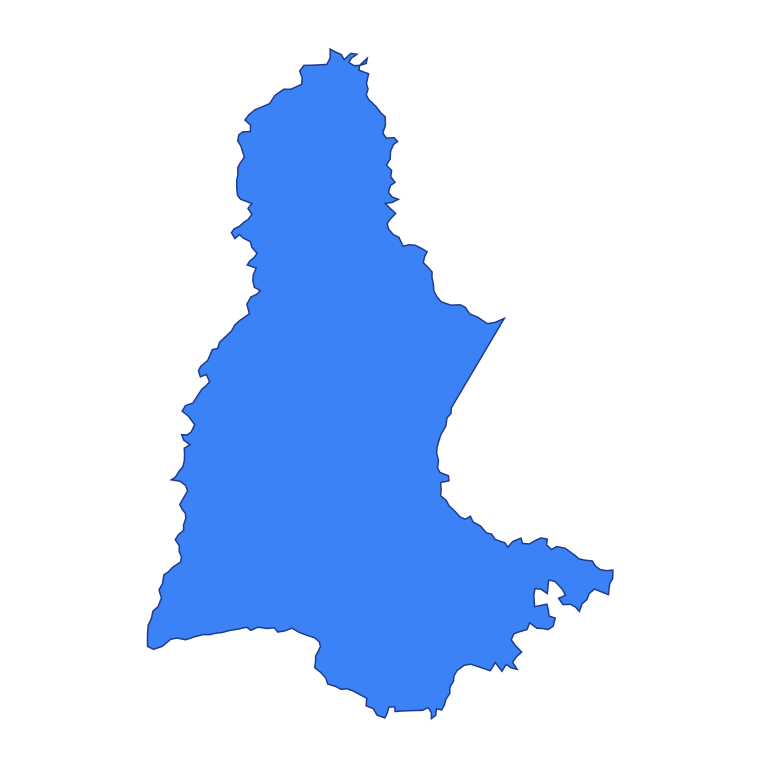 Curiúva, Paraná, Brazil (Albers equal-area conic projection), rotated 91°
{"feature_id": "56859067B60158173391359", "entity_name": "Curiúva", "entity_type": "district", "adm_level": 2, "iso_a3": "BRA", "parent_name": "Brazil", "parent_adm1": "Paraná", "projection": "albers", "projection_center": [-50.47, -23.991], "detail": "fine", "context": "isolated", "style": "filled", "palette": "blue", "viewbox_px": 768, "rotation_deg": 91, "n_neighbors": 0, "source": "geoboundaries", "source_scale": "gbopen_adm2", "svg_char_len": 4351}
<svg xmlns="http://www.w3.org/2000/svg" viewBox="0 0 768 768"><g transform="rotate(91 384 384)"><path d="M65.9,414.0L66.2,419.6L63.1,424.8L58.8,422.3L54.8,416.8L54.0,422.9L60.4,429.5L55.3,432.5L52.8,438.4L50.1,443.7L58.6,443.4L65.4,446.7L66.0,453.3L66.6,462.9L66.8,469.6L72.6,473.8L79.1,471.2L85.8,471.5L91.0,482.6L91.0,489.3L97.4,498.1L105.7,503.3L108.5,509.5L112.0,517.7L117.2,523.8L122.5,527.7L127.5,521.9L134.0,522.1L134.3,529.4L137.4,533.5L143.4,534.5L148.5,531.3L153.5,529.6L159.6,527.6L165.4,531.5L170.2,534.0L177.0,533.7L182.8,534.8L191.4,534.6L198.0,533.7L201.8,530.6L203.8,524.8L205.9,519.3L210.9,523.1L216.7,519.0L221.9,522.8L225.0,527.2L229.1,531.6L231.3,536.4L235.4,539.2L241.2,535.6L237.2,531.1L240.7,527.0L244.0,520.1L249.6,518.5L255.6,513.2L259.6,515.9L263.4,520.3L267.4,522.8L270.3,513.9L277.5,516.7L283.2,516.9L289.6,515.3L292.7,509.3L296.5,512.8L299.3,518.6L306.6,522.5L316.2,519.8L322.7,528.9L327.6,534.2L333.7,537.4L345.1,549.1L351.4,551.0L352.6,556.3L356.9,557.9L363.5,560.7L369.5,567.4L373.8,569.8L380.1,567.7L377.6,561.9L384.7,558.4L389.0,561.9L392.3,566.0L400.6,571.2L406.2,574.6L409.2,582.2L414.6,585.4L419.6,578.9L428.0,572.6L435.3,575.9L438.3,579.8L438.2,585.4L443.6,583.3L448.1,576.9L451.7,582.6L457.2,582.2L464.1,582.3L470.1,583.6L474.3,587.0L480.7,590.9L483.5,595.0L484.8,586.1L489.1,580.4L494.4,578.5L501.7,582.6L508.0,586.1L512.8,583.6L516.9,580.3L521.6,579.8L528.7,582.0L533.7,581.7L538.0,586.7L543.3,590.0L549.4,585.8L555.2,585.9L560.0,583.5L565.4,584.2L571.1,592.3L575.2,595.9L578.7,600.8L587.3,601.9L593.8,605.4L601.7,602.8L610.4,605.9L615.3,611.1L622.6,612.5L629.2,615.5L638.1,616.1L650.5,615.9L653.3,609.8L650.2,601.2L642.9,592.7L641.6,586.5L643.2,577.9L640.1,569.1L637.7,560.5L637.7,554.1L636.1,547.8L635.3,541.5L633.3,534.6L631.6,525.6L629.6,517.1L632.6,512.7L629.3,505.7L630.5,496.8L629.6,489.4L633.9,485.8L632.6,479.1L629.7,471.7L633.7,464.8L636.0,458.3L639.0,448.9L643.0,444.2L647.6,442.9L657.4,447.6L663.2,447.6L668.8,448.4L673.1,442.7L678.9,437.1L685.0,435.0L687.2,427.1L690.1,421.6L689.3,415.9L691.6,409.2L695.1,402.5L698.5,395.8L706.1,396.2L708.7,389.1L715.2,385.2L717.9,377.4L713.6,375.2L707.0,373.5L706.6,367.7L711.3,367.2L710.6,360.3L710.1,351.1L709.6,339.7L706.8,334.2L711.7,330.9L717.7,330.8L714.4,326.5L707.9,325.9L708.9,320.7L704.3,318.2L698.0,316.5L692.2,312.8L686.1,312.9L679.9,309.3L674.7,309.0L669.2,305.9L663.9,299.1L662.6,292.4L665.4,283.4L668.8,272.8L660.6,267.8L669.2,261.1L662.2,256.9L665.4,252.3L667.0,245.9L659.9,250.6L654.1,246.5L649.6,241.7L643.2,248.1L637.6,252.3L631.5,249.8L629.6,245.0L627.0,236.7L620.2,234.2L625.5,227.0L625.7,221.2L626.7,215.7L623.2,210.6L615.1,208.7L613.1,215.0L607.3,215.7L601.3,217.3L604.0,229.5L593.1,230.5L586.0,229.5L586.3,223.6L590.7,217.1L583.5,216.5L577.1,215.9L578.5,209.5L585.8,202.4L592.1,198.8L595.2,205.7L601.5,201.2L601.0,193.8L603.5,188.8L608.0,184.7L600.4,182.2L596.0,177.4L589.9,175.2L585.4,170.0L588.9,160.8L590.7,155.9L584.4,155.4L579.3,154.7L574.7,152.0L566.0,151.9L566.8,157.9L565.8,164.4L562.6,169.2L557.3,172.7L556.7,179.4L555.5,186.0L552.2,189.9L549.1,194.3L545.1,199.9L543.5,208.6L546.6,213.5L542.0,218.7L536.2,218.1L535.2,224.5L538.0,230.3L541.4,235.8L541.0,242.7L535.7,244.4L539.2,252.4L545.0,257.5L540.7,260.2L539.2,265.1L537.4,270.2L532.2,273.8L531.1,278.9L524.3,285.1L520.5,292.5L514.7,295.3L517.8,300.3L515.7,305.6L510.2,310.7L504.8,316.7L499.2,319.9L494.7,325.5L488.6,325.0L481.5,325.7L479.7,317.4L474.7,317.9L471.4,326.6L467.1,329.0L459.8,328.2L452.2,330.2L446.6,329.9L441.1,328.5L433.5,326.2L425.4,321.6L416.8,320.4L412.2,316.5L406.7,316.3L316.3,264.9L320.4,273.8L321.9,281.7L315.8,291.1L312.3,299.7L306.0,304.0L303.5,309.1L304.0,318.6L300.8,328.3L295.4,333.0L290.0,335.8L283.8,336.3L276.7,337.9L271.1,337.9L266.3,342.4L261.8,346.9L255.5,345.5L251.1,343.2L248.1,348.2L244.8,355.1L244.3,360.9L245.8,367.3L237.1,371.7L234.3,377.5L229.2,382.0L223.7,383.7L219.5,381.1L213.2,375.3L208.5,380.7L203.4,385.9L202.4,379.2L199.1,372.9L196.9,379.2L192.3,382.9L185.4,381.1L182.2,376.5L176.6,380.9L170.3,380.1L165.2,385.4L158.8,381.7L151.1,381.5L144.5,378.8L141.2,374.6L137.5,378.3L138.2,385.9L133.1,389.6L125.5,387.1L116.9,387.4L113.4,391.5L106.8,396.8L99.8,404.3L95.2,406.8L89.4,405.1L83.9,406.8L74.1,404.8L70.7,414.5L65.9,414.0ZM65.9,414.0L63.8,407.4L58.6,406.5L65.9,414.0Z" fill="#3b82f6" stroke="#1e3a8a" stroke-width="1.5"/></g></svg>